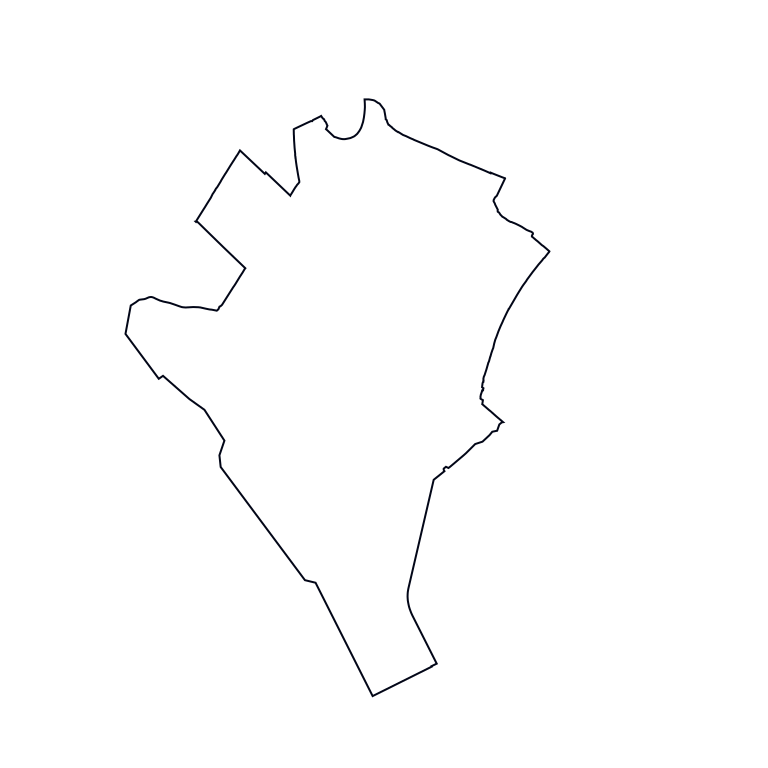 Kampen, Overijssel, Netherlands (Equal Earth projection), rotated 243°
{"feature_id": "6326949B29767545609349", "entity_name": "Kampen", "entity_type": "district", "adm_level": 2, "iso_a3": "NLD", "parent_name": "Netherlands", "parent_adm1": "Overijssel", "projection": "equal_earth", "projection_center": [5.959, 52.551], "detail": "fine", "context": "isolated", "style": "outline", "palette": "ink", "viewbox_px": 768, "rotation_deg": 243, "n_neighbors": 0, "source": "geoboundaries", "source_scale": "gbopen_adm2", "svg_char_len": 5830}
<svg xmlns="http://www.w3.org/2000/svg" viewBox="0 0 768 768"><g transform="rotate(243 384 384)"><path d="M295.9,472.8L304.1,469.4L312.0,466.3L312.8,465.9L320.4,462.8L321.1,462.6L321.4,462.4L324.7,464.8L325.3,464.4L326.7,463.5L327.2,463.3L327.4,463.4L328.3,464.0L328.9,464.2L330.2,465.2L330.5,465.4L330.6,465.5L330.8,465.8L331.5,466.4L331.6,466.6L332.3,467.3L332.8,467.8L333.2,468.0L333.5,468.4L333.8,468.8L333.7,468.9L333.3,469.1L333.4,469.4L333.5,469.5L334.4,470.0L334.7,470.3L335.1,470.7L335.3,470.6L336.6,469.9L340.0,472.2L340.9,473.2L340.8,473.4L341.1,473.6L341.4,473.7L342.0,474.1L341.8,474.2L342.1,474.4L343.0,474.7L343.5,474.9L345.1,476.2L345.4,476.5L345.8,477.1L346.3,477.7L350.4,481.8L354.8,485.9L355.7,486.7L356.0,487.2L356.8,488.1L358.7,489.8L359.8,490.8L360.2,491.2L360.2,491.3L360.4,491.5L362.8,493.7L365.5,496.5L366.4,497.6L369.7,500.3L370.1,500.6L370.5,501.0L373.0,503.3L374.7,505.3L379.0,509.9L382.5,514.0L385.4,517.7L387.0,519.6L391.0,524.8L391.9,526.0L392.8,527.2L393.8,528.7L394.0,528.8L394.2,529.0L394.3,529.2L394.2,529.4L397.6,534.7L403.1,543.2L405.0,546.3L407.9,551.1L409.0,553.1L411.1,557.3L412.1,558.9L412.8,560.3L416.6,567.9L416.8,568.4L419.3,573.8L420.3,575.9L421.5,578.9L422.4,581.1L423.2,582.6L423.5,583.5L423.7,584.6L424.0,585.2L425.7,588.8L426.2,589.9L426.3,590.2L426.5,590.7L426.8,591.2L427.1,591.6L430.9,590.1L434.5,588.6L436.1,587.7L438.2,586.9L441.3,585.7L442.6,585.1L443.2,584.8L443.7,584.6L447.9,582.9L448.2,582.7L448.7,582.9L449.1,583.3L449.4,583.6L450.1,584.9L450.8,585.1L451.1,585.1L451.4,585.1L452.1,584.7L452.8,584.3L453.1,584.1L454.4,582.8L454.7,582.6L455.5,581.9L456.2,581.3L456.9,580.8L457.6,580.4L460.3,578.8L461.4,578.2L463.8,576.5L466.6,574.4L468.2,573.1L468.8,572.5L470.5,571.1L470.7,570.7L470.9,570.4L471.0,570.3L472.7,569.1L474.1,568.3L474.7,567.9L474.9,567.9L475.1,567.9L475.6,567.7L478.5,566.0L478.9,565.7L479.3,565.4L480.5,565.1L482.0,564.6L484.2,564.4L484.7,564.3L484.9,564.2L485.4,563.8L485.7,563.7L485.9,563.6L486.6,563.8L486.8,563.9L487.6,564.5L493.3,564.5L494.6,564.7L494.9,564.7L497.0,564.6L497.3,564.7L497.5,564.8L497.9,565.2L498.2,565.3L499.5,567.1L499.8,567.6L499.9,568.0L500.1,568.4L500.2,569.1L500.3,569.3L500.5,570.0L512.2,585.2L512.3,585.2L512.5,585.2L512.7,584.9L514.3,583.4L521.2,577.3L523.9,575.0L523.4,574.6L528.7,570.3L540.4,560.3L540.5,560.1L548.6,553.0L549.2,552.5L558.0,545.9L558.3,545.6L568.6,538.5L569.0,538.2L570.3,537.0L572.6,534.8L576.4,531.4L582.5,526.2L588.0,521.5L588.4,521.3L591.0,519.1L594.8,516.2L597.3,514.0L602.0,511.2L602.0,510.9L603.0,510.3L604.0,509.7L605.1,509.1L605.5,509.0L607.3,508.2L608.3,507.7L608.8,507.7L609.1,507.6L611.4,506.5L611.5,506.5L612.6,506.1L613.2,505.8L613.2,505.7L614.3,505.7L615.9,505.8L617.4,506.1L617.9,506.2L618.3,506.1L619.0,505.7L619.4,505.9L620.8,506.4L624.3,507.5L624.6,507.6L627.4,508.4L627.7,508.5L628.2,508.7L635.7,507.4L636.2,507.1L637.0,506.4L640.6,504.4L641.0,504.1L642.1,502.9L644.1,500.2L644.5,499.6L646.4,495.9L642.5,494.2L639.4,492.7L637.0,491.3L634.1,489.5L630.6,487.1L627.0,484.3L623.3,480.6L622.6,479.8L620.9,477.3L620.3,476.2L619.5,474.6L619.0,473.5L618.5,471.4L618.3,470.5L618.2,469.4L618.3,467.2L618.4,465.8L618.5,465.3L619.3,462.4L619.9,460.4L620.7,458.8L621.4,457.7L622.2,456.7L623.2,455.5L625.8,453.0L626.7,451.9L635.7,448.7L637.4,448.0L638.1,448.9L639.9,450.9L640.3,450.9L641.1,450.8L641.5,450.9L641.9,451.0L642.6,451.0L643.7,451.0L644.1,451.0L645.3,450.6L645.5,450.6L647.1,450.8L647.6,450.4L649.3,449.9L651.4,449.7L651.3,448.5L651.4,440.5L651.2,440.0L650.8,439.4L651.4,438.2L651.6,433.6L651.9,423.5L652.0,419.6L651.9,419.2L647.2,416.9L646.2,416.5L641.7,414.4L638.4,413.0L634.9,411.5L629.0,409.2L628.5,408.8L628.4,408.8L626.0,407.9L626.0,408.0L622.3,406.6L617.9,405.1L613.8,403.8L610.0,402.6L606.7,401.6L603.4,400.7L602.3,400.2L601.6,398.9L601.3,398.2L601.2,397.7L600.8,396.8L600.6,396.5L600.0,395.4L599.5,394.3L599.4,394.2L598.3,392.3L596.4,389.3L594.5,386.1L594.4,386.0L626.2,374.8L625.3,373.2L657.5,361.7L655.4,358.5L654.3,356.6L654.1,356.1L651.2,351.3L651.1,351.0L650.6,350.2L648.5,346.6L643.8,338.9L643.5,338.3L643.4,338.1L640.0,332.5L639.1,331.1L638.6,330.5L638.1,329.6L637.7,329.0L635.8,325.9L635.2,324.9L635.0,324.5L634.6,323.6L634.4,323.0L633.8,322.2L633.6,321.8L633.3,321.4L633.2,321.4L631.5,318.4L630.7,316.9L630.7,317.0L630.5,316.8L628.6,314.3L624.8,307.9L622.7,304.5L621.9,303.1L615.2,291.9L614.2,290.3L614.3,289.9L613.7,290.1L613.9,290.6L614.0,290.7L614.1,290.9L614.0,291.0L613.8,291.1L611.2,292.1L603.4,294.7L585.3,300.8L583.3,301.5L579.4,302.8L565.3,307.7L550.1,313.0L549.6,311.9L547.5,308.6L545.1,304.4L540.5,296.9L539.3,294.8L538.7,293.6L530.6,279.9L528.1,275.7L527.6,274.0L527.6,272.5L527.3,272.3L526.5,271.2L525.7,270.3L525.6,269.5L525.3,268.8L525.3,268.2L526.2,267.1L528.4,264.3L529.7,262.3L532.1,259.3L535.6,255.1L536.7,253.4L539.2,248.9L539.8,247.5L541.0,244.8L541.2,244.4L542.0,242.5L542.4,241.7L542.6,241.4L543.4,240.1L544.3,238.8L546.2,236.9L549.7,233.6L553.3,230.1L554.4,228.8L557.3,225.2L557.9,224.5L558.9,223.5L560.0,222.3L563.7,219.3L565.1,218.3L565.7,217.8L566.5,217.0L567.2,216.1L567.7,214.9L568.0,213.8L568.2,210.3L568.5,208.8L569.8,205.2L570.1,204.3L570.1,204.1L570.1,203.7L570.0,203.0L569.7,201.1L569.5,200.2L568.9,194.0L546.0,176.4L490.9,185.7L491.6,190.8L458.9,203.8L442.5,212.3L406.0,216.1L395.2,205.0L384.2,200.8L245.1,224.5L238.0,232.8L111.1,232.2L110.5,298.2L111.0,298.2L110.9,304.0L164.9,304.2L167.4,304.3L169.4,304.5L171.9,304.8L174.2,305.2L176.2,305.7L178.3,306.3L180.2,306.9L182.1,307.7L183.9,308.5L185.0,309.1L186.1,309.7L187.9,310.8L189.0,311.6L190.1,312.4L191.1,313.2L276.1,384.8L278.9,398.3L280.3,398.2L280.6,398.3L281.5,398.8L282.1,401.6L279.9,403.3L280.3,405.5L284.4,422.9L285.1,425.6L289.1,438.0L287.9,445.6L290.6,455.0L292.3,458.8L291.0,463.6L295.6,468.4L296.3,471.5L295.9,472.8Z" fill="none" stroke="#020617" stroke-width="2"/></g></svg>